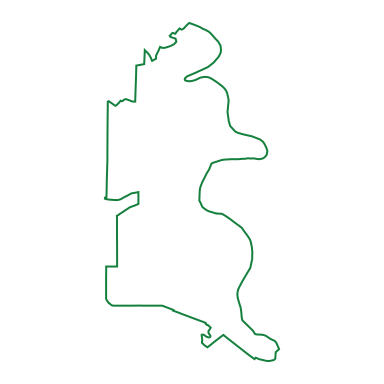 Nanesti, Vrancea, Romania (Equal Earth projection)
{"feature_id": "2599482B9784868122907", "entity_name": "Nanesti", "entity_type": "district", "adm_level": 2, "iso_a3": "ROU", "parent_name": "Romania", "parent_adm1": "Vrancea", "projection": "equal_earth", "projection_center": [27.499, 45.566], "detail": "fine", "context": "isolated", "style": "outline", "palette": "green", "viewbox_px": 384, "rotation_deg": 0, "n_neighbors": 0, "source": "geoboundaries", "source_scale": "gbopen_adm2", "svg_char_len": 5879}
<svg xmlns="http://www.w3.org/2000/svg" viewBox="0 0 384 384"><path d="M259.2,359.2L264.4,360.4L266.4,360.9L269.4,361.0L272.4,360.4L273.8,360.0L274.4,359.6L275.3,358.6L275.4,357.1L275.7,352.2L279.1,349.1L276.6,343.4L275.5,341.7L275.0,341.2L273.9,340.5L271.0,339.2L269.5,338.3L267.1,336.6L265.9,335.9L264.9,335.4L263.9,335.1L262.5,334.8L260.4,334.6L257.5,334.5L256.0,334.3L255.0,334.0L252.8,330.5L251.4,329.2L244.2,322.1L242.4,320.4L241.7,317.3L241.4,313.4L241.1,310.7L240.6,307.5L239.6,304.4L237.8,298.2L237.4,295.2L237.5,292.6L238.0,289.9L239.3,287.0L243.0,280.1L248.9,270.2L250.3,267.9L251.9,260.4L252.2,259.3L252.3,251.7L252.3,251.4L252.2,250.7L252.1,250.2L252.1,249.3L252.0,248.5L251.9,247.3L251.1,243.5L250.8,242.2L250.5,241.1L250.4,240.7L250.2,240.3L249.8,239.3L247.8,236.2L246.4,234.2L244.3,231.5L241.9,228.0L241.6,227.7L241.4,227.5L239.9,226.4L239.2,225.8L236.9,224.2L236.0,223.5L235.3,223.0L233.4,221.6L230.3,219.2L229.1,218.3L228.0,217.6L227.1,217.0L225.4,215.8L224.5,215.3L222.9,214.4L222.7,214.2L222.4,214.1L221.9,213.8L219.8,213.7L218.0,213.6L217.0,213.5L216.6,213.5L216.6,213.4L216.4,213.4L214.8,213.1L213.1,212.5L211.9,212.2L210.4,211.7L209.2,211.4L208.4,211.1L207.0,210.4L205.9,209.7L204.5,208.7L203.7,208.1L202.6,207.1L202.3,206.8L202.1,206.5L200.8,203.3L199.3,200.5L199.5,197.2L199.5,195.3L199.6,194.5L199.6,193.3L199.9,189.2L200.5,186.7L201.8,183.4L201.9,182.9L204.3,178.1L204.7,177.5L204.8,177.2L206.2,174.3L206.7,173.4L207.3,172.3L208.7,170.2L209.1,169.5L211.5,163.6L211.7,163.4L212.0,163.3L212.2,163.2L214.1,162.4L216.6,161.7L218.1,161.1L219.3,160.8L221.0,160.2L222.3,159.9L222.4,160.0L223.1,159.8L223.7,159.7L224.9,159.6L226.2,159.5L227.9,159.4L229.9,159.3L230.6,159.2L233.9,159.2L234.7,159.2L236.8,159.2L238.2,159.2L242.8,158.8L243.6,158.8L244.4,158.8L245.5,158.7L247.9,158.3L251.2,158.5L254.1,158.4L255.5,158.7L257.4,159.0L259.5,159.2L262.7,158.5L264.6,157.3L266.6,155.0L266.9,153.6L267.4,151.2L266.4,147.8L265.3,145.6L264.2,143.5L262.9,141.7L260.1,139.5L252.2,136.4L243.0,134.3L237.8,132.8L235.1,131.4L230.2,126.0L228.8,121.3L227.5,111.9L228.6,101.1L228.5,99.2L227.5,94.8L227.1,92.9L226.2,91.0L224.7,88.7L222.5,86.5L217.2,82.4L211.9,78.9L209.2,77.5L206.3,76.9L203.5,77.0L200.2,77.7L195.5,80.0L192.2,80.9L189.5,81.3L186.7,80.9L185.1,80.3L184.7,79.2L185.1,78.2L187.0,76.4L195.9,72.6L208.2,66.9L213.6,62.6L218.8,56.6L220.7,52.6L221.0,49.6L220.5,45.6L218.1,41.5L215.5,38.8L211.3,34.0L209.1,31.9L205.4,29.8L202.9,28.9L200.8,27.5L198.4,26.4L192.2,24.0L189.1,23.0L185.9,26.1L185.3,26.9L184.9,27.2L183.8,28.5L183.4,28.7L182.9,29.0L182.2,29.3L181.6,29.6L181.1,29.4L180.5,29.0L179.8,28.7L179.5,28.5L178.3,29.8L177.4,31.0L176.7,31.8L176.4,31.9L175.6,33.5L175.2,33.8L174.6,33.6L173.9,33.3L173.2,33.0L172.9,32.9L172.6,33.0L172.3,33.1L171.9,33.4L171.5,33.8L170.3,35.4L169.7,35.9L170.4,36.8L170.6,37.0L171.4,37.2L172.2,37.5L173.1,37.9L174.2,38.2L175.6,38.6L176.3,41.7L175.6,42.6L174.9,43.2L174.1,44.2L173.6,44.4L172.9,44.8L172.1,45.2L170.3,46.1L168.5,46.7L166.0,47.5L165.1,47.7L164.3,47.8L163.5,47.9L162.6,47.8L162.2,47.9L161.7,47.7L160.1,46.9L158.7,50.2L156.4,54.9L156.1,55.5L156.0,58.7L152.1,60.9L151.7,60.1L151.2,58.8L150.9,58.0L150.5,57.2L150.1,56.5L149.4,55.2L149.1,54.8L148.6,54.1L148.0,53.4L147.4,52.6L146.2,51.6L145.3,50.7L144.8,50.2L144.2,64.1L136.3,65.6L136.1,74.8L135.5,91.8L135.2,101.6L132.8,101.6L132.3,101.5L129.8,100.5L127.8,99.8L127.1,99.5L125.8,99.1L124.9,99.4L123.9,99.8L123.6,100.0L123.1,100.6L122.8,100.8L122.4,101.1L122.1,101.2L121.7,101.1L121.0,100.9L120.5,100.7L120.2,101.3L119.7,101.9L119.0,102.7L117.8,103.9L116.9,104.8L116.2,105.4L115.8,105.7L115.3,105.8L108.8,101.2L107.8,101.6L107.7,111.9L107.6,120.6L107.6,121.3L107.5,133.9L107.4,151.6L107.4,159.9L107.4,160.9L107.3,162.6L107.2,167.4L106.8,179.8L106.6,191.6L106.5,194.7L106.4,196.7L106.4,197.5L106.0,197.5L105.5,197.5L105.0,197.6L104.9,197.8L104.9,198.7L105.2,198.9L105.7,199.0L106.2,199.1L107.6,199.4L108.5,199.5L110.1,199.7L112.1,199.8L113.9,200.0L115.3,200.0L116.4,200.1L117.7,200.0L118.8,199.8L120.1,199.4L121.4,198.9L122.8,198.0L123.7,197.5L124.3,197.1L125.4,196.6L126.9,195.9L127.6,195.5L129.0,194.7L130.5,193.9L131.5,193.4L132.8,193.1L133.5,193.0L135.4,192.7L136.4,192.5L137.3,192.3L138.4,192.1L138.4,203.9L134.8,205.5L133.1,206.1L132.2,206.4L130.9,206.9L130.0,207.2L129.5,207.5L129.2,207.6L128.8,208.0L127.3,209.0L125.2,210.3L124.0,211.2L121.4,212.9L120.1,213.7L119.5,214.2L117.6,215.5L117.2,215.7L116.9,215.8L117.0,218.7L117.0,236.0L117.1,249.3L117.1,266.5L108.8,266.5L106.2,266.5L106.2,270.1L106.1,277.3L106.1,280.0L106.1,290.2L106.1,296.1L106.1,298.5L106.5,299.8L106.7,300.1L107.6,301.5L108.2,302.3L108.9,303.2L109.4,303.2L110.0,303.9L110.8,304.6L111.6,305.2L112.2,305.4L112.8,305.6L114.4,305.7L115.5,305.7L116.7,305.7L120.8,305.7L124.4,305.7L125.6,305.7L127.7,305.7L138.6,305.6L149.6,305.7L161.8,305.7L162.1,305.7L162.6,305.8L173.5,310.0L173.2,310.7L174.1,311.0L176.5,311.9L179.5,313.0L182.7,314.3L185.7,315.4L188.9,316.6L192.1,317.8L199.9,320.7L205.1,322.6L205.6,322.8L205.7,323.0L205.5,323.6L205.9,324.0L206.1,324.3L206.5,324.5L206.8,324.7L207.1,325.1L207.4,325.0L207.6,324.9L207.8,325.1L208.1,325.2L210.2,327.2L210.7,327.7L210.3,328.4L209.8,329.2L209.6,329.6L209.0,330.3L208.7,330.7L208.5,331.1L208.4,331.5L208.4,332.0L208.5,332.5L208.6,333.0L208.9,333.5L209.5,334.6L209.8,334.9L210.1,335.3L210.3,335.7L210.4,336.0L210.4,336.6L210.3,336.8L210.0,337.1L209.6,337.3L209.0,337.4L208.5,337.4L207.9,337.3L207.3,337.0L206.3,336.6L205.2,335.9L204.6,335.4L204.3,335.2L203.9,334.9L203.5,334.7L203.0,334.6L202.4,334.6L202.0,334.6L201.7,334.8L201.7,335.3L201.7,336.0L201.9,337.0L202.0,337.6L202.1,339.0L202.2,339.9L202.2,340.5L202.2,341.0L202.0,341.3L202.0,342.9L204.7,345.5L206.5,346.7L207.4,347.3L210.8,344.7L214.0,342.1L219.8,337.6L223.4,334.9L226.5,337.5L233.0,342.6L240.7,348.6L248.6,354.8L254.5,359.1L255.7,357.7L259.2,359.2Z" fill="none" stroke="#15803d" stroke-width="2"/></svg>